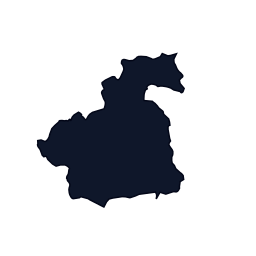 Comayagua, Mercator projection, rotated 208°
{"feature_id": "HND-646", "entity_name": "Comayagua", "entity_type": "Department", "adm_level": 1, "iso_a3": "HND", "parent_name": "Honduras", "parent_adm1": "", "projection": "mercator", "projection_center": [-87.57, 14.554], "detail": "fine", "context": "isolated", "style": "filled", "palette": "ink", "viewbox_px": 256, "rotation_deg": 208, "n_neighbors": 0, "source": "natural_earth", "source_scale": "10m", "svg_char_len": 3329}
<svg xmlns="http://www.w3.org/2000/svg" viewBox="0 0 256 256"><g transform="rotate(208 128 128)"><path d="M54.7,108.7L56.8,105.1L55.2,100.6L54.2,98.8L54.3,96.3L54.7,95.1L55.5,94.2L57.5,93.4L58.4,92.8L63.6,87.4L69.6,86.3L69.8,78.6L70.7,81.4L71.9,83.1L73.7,84.3L87.1,74.7L89.6,71.5L93.3,67.6L93.9,67.2L97.7,66.2L100.9,64.7L108.6,59.0L111.4,56.4L112.3,52.7L112.2,46.9L128.1,46.7L130.0,46.9L137.5,45.2L138.1,43.7L143.0,40.0L143.6,39.8L144.1,39.7L144.9,39.9L145.9,40.3L148.1,41.8L149.4,43.2L151.2,45.8L151.8,47.4L152.2,49.5L152.5,50.3L152.9,51.0L153.7,51.7L154.6,52.3L156.2,52.9L156.9,53.3L157.6,54.3L158.5,54.7L159.0,55.8L159.2,56.7L159.1,58.3L159.1,59.1L159.3,60.1L159.8,61.4L160.0,62.1L160.5,63.2L160.5,63.6L160.5,64.1L160.5,64.5L160.9,65.0L161.8,65.5L163.6,65.9L166.1,65.9L170.3,63.7L173.6,60.6L177.7,60.8L183.7,62.5L184.5,62.9L185.8,64.0L186.7,64.5L187.7,64.2L188.8,63.1L189.8,63.4L190.9,63.7L195.5,67.8L198.4,69.2L199.1,69.7L200.0,70.7L200.2,71.9L201.8,74.5L199.1,76.6L195.5,77.0L195.0,77.1L194.5,77.6L194.0,78.5L193.5,80.2L193.4,83.0L194.1,85.7L194.9,91.7L193.8,95.8L192.0,100.6L191.9,101.4L192.0,101.6L192.0,102.0L191.7,102.4L190.4,103.3L189.6,103.7L188.8,104.0L188.2,104.2L187.6,104.4L186.1,105.5L185.2,105.9L184.6,105.9L184.2,106.2L184.0,106.7L183.9,107.8L183.7,108.2L183.1,108.4L182.8,108.2L182.5,107.9L182.3,107.7L182.0,107.9L181.9,108.5L182.2,109.8L182.3,110.8L182.3,111.8L181.7,114.2L179.1,118.7L177.2,118.6L176.5,118.5L175.9,118.2L175.3,118.0L175.1,117.6L174.9,116.9L174.7,116.7L174.2,116.6L173.7,116.6L173.1,116.6L172.4,116.4L171.6,116.1L170.9,115.7L170.1,115.4L169.5,115.4L169.0,115.8L168.7,116.5L168.7,119.1L168.6,120.1L168.4,121.0L168.3,121.9L166.7,125.1L158.1,133.7L158.6,136.4L159.0,137.8L159.7,139.5L160.6,140.7L163.3,142.5L167.3,146.1L167.8,146.7L168.1,147.5L168.0,149.2L167.6,149.9L167.0,150.4L167.2,151.0L167.5,151.5L171.6,154.7L172.2,156.0L170.4,159.7L166.0,165.8L165.1,166.4L163.8,166.9L161.8,165.8L160.8,165.7L160.0,165.7L159.2,166.0L158.7,167.0L158.4,168.9L158.8,175.8L159.1,177.6L159.7,178.7L160.7,179.8L161.7,180.7L162.4,181.2L163.0,181.5L163.6,181.7L164.0,181.9L164.2,182.2L164.7,183.3L164.9,184.1L165.0,185.1L164.3,186.2L163.0,186.9L158.6,187.9L155.2,190.0L153.4,193.8L153.3,194.7L152.2,196.1L150.2,197.3L145.3,199.5L139.9,200.2L138.8,200.1L137.7,200.7L136.4,201.8L132.9,206.1L132.7,209.8L126.7,210.4L124.5,212.0L120.1,216.3L119.9,210.4L118.9,208.6L117.7,207.0L115.9,206.0L112.9,203.5L111.1,202.4L109.1,201.6L107.4,201.3L104.6,200.2L104.0,199.6L103.8,198.9L104.0,198.0L104.4,197.3L105.2,194.5L102.9,191.7L97.0,189.3L96.5,185.8L97.0,184.6L97.3,184.3L97.8,184.2L98.1,184.3L99.1,184.7L105.5,183.1L108.9,183.4L111.5,183.0L113.6,182.5L117.3,181.2L118.9,180.4L121.1,178.7L123.7,179.1L126.3,178.5L127.8,177.9L128.6,177.3L130.2,175.2L130.8,173.0L129.4,171.6L130.5,169.7L129.9,166.3L129.5,165.0L127.4,160.5L126.6,159.8L119.0,163.0L117.6,162.6L115.8,162.4L112.3,161.2L110.5,160.2L105.3,159.2L104.8,159.0L103.3,157.3L103.1,156.9L96.4,155.1L94.1,152.7L92.3,150.1L93.0,149.4L93.2,149.0L93.2,148.5L93.2,147.8L91.9,145.4L86.4,138.4L84.4,136.5L84.6,134.8L84.5,133.1L83.9,132.3L82.8,131.5L78.7,129.4L77.4,128.3L76.3,126.2L75.9,125.0L75.8,123.2L75.6,122.6L74.2,119.9L72.6,117.8L69.5,116.7L66.7,114.5L60.8,113.0L59.5,112.9L57.9,112.3L57.0,111.9L54.7,108.7Z" fill="#0f172a" stroke="#020617" stroke-width="1.5"/></g></svg>